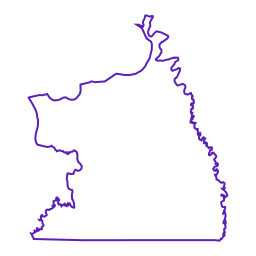 the district of Velingara, Kolda, Senegal
{"feature_id": "50182788B9780593325351", "entity_name": "Velingara", "entity_type": "district", "adm_level": 2, "iso_a3": "SEN", "parent_name": "Senegal", "parent_adm1": "Kolda", "projection": "natural_earth1", "projection_center": [-13.808, 13.111], "detail": "fine", "context": "isolated", "style": "outline", "palette": "violet", "viewbox_px": 256, "rotation_deg": 0, "n_neighbors": 0, "source": "geoboundaries", "source_scale": "gbopen_adm2", "svg_char_len": 5792}
<svg xmlns="http://www.w3.org/2000/svg" viewBox="0 0 256 256"><path d="M33.9,239.0L81.9,240.2L214.2,240.1L219.7,240.6L220.7,239.0L220.9,239.2L221.9,238.7L222.9,236.8L224.6,235.5L224.3,234.7L223.4,235.1L223.2,234.8L223.8,232.8L224.4,233.1L224.5,232.6L224.8,232.5L224.0,229.3L225.6,227.8L225.5,226.3L225.0,225.1L225.8,223.0L225.0,221.9L224.4,222.4L224.1,223.2L223.6,223.2L223.4,222.5L223.8,222.1L224.0,220.9L225.1,221.5L225.5,221.3L224.8,218.4L225.6,216.4L225.6,215.7L224.9,212.2L224.1,212.4L223.2,213.6L223.1,213.3L223.8,212.3L224.1,210.6L225.1,209.1L225.2,207.8L225.0,207.0L222.5,206.9L221.9,206.0L221.2,202.9L221.3,202.0L223.8,200.5L224.1,199.8L223.7,196.6L223.3,196.0L221.4,195.6L221.3,195.1L221.5,194.6L222.3,194.7L223.8,195.3L225.4,196.6L225.5,197.1L227.0,195.9L227.3,195.2L226.3,192.7L224.3,190.3L222.7,189.3L222.2,188.7L224.2,188.8L224.8,187.9L223.7,187.0L224.6,184.3L224.5,183.1L222.9,182.2L222.7,182.5L221.2,182.8L218.9,180.9L218.5,180.1L216.5,179.5L216.4,177.4L215.2,175.4L215.0,174.7L216.4,174.9L218.0,172.2L218.0,170.8L216.7,169.2L216.2,169.4L216.2,170.7L214.2,170.6L213.2,168.8L214.8,166.6L216.9,166.1L217.5,165.7L217.9,164.6L217.9,163.8L217.3,163.3L216.4,164.2L215.6,164.0L215.6,161.8L214.1,159.5L216.2,157.0L216.0,155.4L215.4,155.1L213.7,152.8L212.8,152.5L212.0,153.0L212.0,153.7L211.5,154.3L209.6,155.3L209.1,155.1L208.9,153.3L209.5,152.7L210.1,150.2L211.6,149.9L211.9,149.0L211.8,147.4L210.7,147.3L210.0,147.8L209.3,147.5L208.7,147.9L208.4,147.3L206.3,145.7L206.4,144.0L207.1,144.2L207.1,143.3L205.8,142.4L205.1,143.2L204.0,143.2L203.8,140.9L205.2,138.6L204.5,138.4L203.8,137.3L203.2,137.4L203.0,138.4L202.1,138.5L202.0,139.5L201.4,140.4L199.5,139.4L199.1,138.6L199.0,136.5L199.3,135.7L200.1,135.5L200.5,134.5L200.1,134.1L200.1,133.0L199.4,133.3L198.7,134.9L198.1,134.8L197.7,133.1L198.2,131.9L197.4,130.4L197.8,129.4L197.7,129.0L197.2,128.9L196.6,129.5L194.4,127.7L194.6,123.4L195.5,123.3L195.6,122.9L193.9,122.7L193.4,123.4L192.7,123.1L192.3,122.0L192.0,122.0L191.5,122.6L190.5,122.5L190.8,120.1L192.4,119.3L192.7,118.8L192.6,118.6L191.5,118.8L191.3,118.4L191.8,116.2L192.3,116.1L193.1,117.4L193.8,116.4L193.1,115.5L192.2,115.5L191.6,114.0L192.2,112.9L191.2,113.0L190.7,111.9L191.3,110.5L191.0,109.6L191.8,108.6L192.7,108.7L193.1,107.3L192.7,107.0L193.0,105.2L192.1,104.9L191.0,105.2L190.9,104.6L191.4,103.5L192.4,103.0L193.8,102.9L193.9,102.3L193.6,99.9L193.2,99.4L192.5,99.6L192.1,99.2L191.8,97.8L192.0,96.6L192.4,96.8L192.7,96.5L192.4,95.3L191.2,94.4L191.0,93.1L190.1,93.2L188.1,94.5L185.8,94.2L184.8,93.6L184.2,92.3L184.2,91.4L184.3,90.2L185.4,87.0L185.4,86.2L184.9,85.1L182.8,83.9L177.7,85.5L176.8,85.0L174.6,81.6L174.6,79.3L175.6,77.9L176.3,77.8L177.1,76.9L179.9,70.5L180.1,68.4L178.3,68.1L177.8,68.8L172.5,70.8L171.8,70.3L171.3,69.0L171.3,68.0L173.2,65.4L174.3,64.4L174.9,62.6L176.0,61.4L177.9,60.5L178.4,59.3L177.8,57.6L174.5,57.9L174.5,57.6L173.7,57.6L168.3,59.5L165.8,59.9L162.7,60.9L161.0,60.5L157.5,60.7L155.9,60.0L156.0,59.0L159.1,56.1L161.5,52.2L161.3,49.7L160.1,48.4L159.5,46.9L159.5,44.5L161.9,41.8L162.7,41.8L167.3,38.5L168.0,37.5L168.3,36.4L168.0,35.9L166.0,34.7L163.6,33.7L162.3,32.8L157.1,31.4L156.3,31.5L155.1,32.4L151.8,36.2L151.2,36.5L149.9,36.3L149.1,35.7L148.2,33.2L148.1,31.9L148.8,29.3L150.3,26.0L150.0,22.4L151.2,19.8L152.8,17.3L152.8,16.2L151.6,16.0L150.8,16.5L149.6,16.6L146.2,15.4L145.3,15.6L144.7,18.2L143.1,21.4L143.0,22.8L143.6,25.3L143.0,26.6L138.6,24.7L136.8,24.7L141.9,28.1L141.9,28.5L142.5,29.4L146.4,38.1L146.6,37.9L148.6,40.1L150.5,41.0L151.8,43.5L151.9,46.6L151.7,49.9L149.5,58.6L146.5,63.5L145.4,66.1L141.5,70.5L135.4,73.9L129.1,75.1L124.0,74.9L116.6,73.7L115.3,74.3L104.9,81.4L95.2,82.2L91.5,81.4L89.0,82.5L80.5,84.5L80.6,91.1L79.8,94.0L76.5,98.1L74.9,99.2L73.8,99.6L71.7,99.8L69.0,99.2L65.6,97.3L62.8,97.8L61.0,99.0L58.0,100.1L54.1,100.4L52.5,99.9L49.6,97.7L47.5,94.4L47.0,93.9L45.4,94.7L43.1,94.8L42.1,95.3L39.7,95.0L28.8,97.4L28.7,97.9L32.0,103.1L35.6,109.9L36.7,113.0L37.3,117.4L38.1,120.2L37.8,126.5L35.8,134.0L35.3,138.4L35.7,140.9L36.3,142.8L37.5,144.7L47.2,147.0L49.5,146.7L51.6,145.7L52.3,146.7L54.3,147.6L55.2,149.6L56.5,150.5L56.7,151.2L59.6,150.3L61.7,151.2L63.2,151.2L63.4,151.8L64.5,152.5L66.0,152.7L66.3,152.1L66.7,152.2L67.0,153.7L67.5,153.9L68.3,153.9L69.0,152.3L69.7,152.7L70.5,152.0L72.8,151.5L73.6,150.4L74.5,150.8L75.0,150.6L76.9,152.3L77.1,154.1L77.5,155.0L77.3,159.1L77.9,160.9L78.4,162.0L80.3,163.9L81.8,166.3L81.4,168.7L79.5,170.5L77.5,170.8L76.4,169.9L75.3,169.8L74.2,171.5L73.4,173.9L72.3,173.7L71.3,174.1L67.9,173.3L67.3,174.0L66.8,178.9L67.5,182.1L67.5,185.6L68.6,188.5L70.1,189.5L72.1,190.0L72.3,190.6L72.5,191.4L71.9,194.7L72.0,197.7L72.2,199.2L73.0,200.3L74.1,203.4L73.8,204.0L74.4,207.0L74.0,207.7L72.1,207.1L70.9,205.8L69.7,203.5L68.1,203.1L67.9,203.2L67.8,204.2L68.4,204.6L68.5,205.2L66.9,206.2L66.2,205.2L65.0,205.6L64.3,205.3L63.8,204.4L65.2,204.0L64.9,203.6L62.4,205.4L61.7,205.1L61.3,206.1L59.9,204.1L59.1,203.9L58.7,204.3L58.4,204.0L58.2,203.5L58.3,200.6L59.1,200.2L59.1,199.9L58.2,198.5L57.0,197.4L56.3,197.8L56.3,198.3L57.5,198.7L57.6,199.2L57.1,200.4L56.8,200.5L56.1,199.7L54.5,201.0L53.5,201.2L53.7,204.2L53.3,205.3L52.6,205.8L53.0,206.0L54.2,204.9L54.7,205.0L54.9,205.7L54.5,206.6L53.5,206.9L53.0,207.8L50.6,209.2L49.8,209.1L49.4,209.8L48.6,210.0L47.6,209.6L46.5,209.8L45.8,211.5L45.8,212.8L46.6,214.3L46.6,215.3L44.6,216.5L43.7,216.6L42.9,216.4L42.2,215.1L41.7,215.0L41.0,216.2L41.0,219.2L40.4,219.9L39.2,219.8L39.6,220.4L41.6,220.1L42.0,220.4L42.4,221.5L42.4,223.3L43.4,224.8L43.4,225.6L43.1,226.1L41.6,227.4L41.9,229.0L40.8,229.4L39.6,229.1L39.2,229.4L39.1,230.3L38.2,230.8L37.4,230.4L37.3,228.2L36.9,228.3L37.1,230.9L36.7,231.2L36.4,231.4L34.9,230.5L34.5,230.6L34.9,232.3L32.1,234.1L31.3,233.7L32.8,236.9L34.0,238.6L33.9,239.0Z" fill="none" stroke="#5b21b6" stroke-width="2"/></svg>